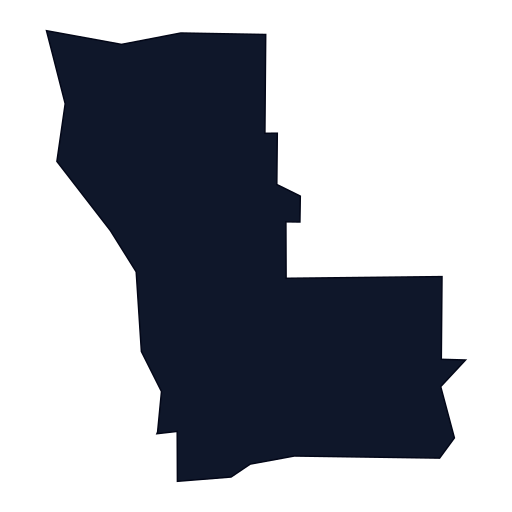 outline of Clay, Georgia, United States of America
{"feature_id": "52423323B17286883599255", "entity_name": "Clay", "entity_type": "district", "adm_level": 2, "iso_a3": "USA", "parent_name": "United States of America", "parent_adm1": "Georgia", "projection": "natural_earth1", "projection_center": [-84.978, 31.633], "detail": "fine", "context": "isolated", "style": "filled", "palette": "ink", "viewbox_px": 512, "rotation_deg": 0, "n_neighbors": 0, "source": "geoboundaries", "source_scale": "gbopen_adm2", "svg_char_len": 506}
<svg xmlns="http://www.w3.org/2000/svg" viewBox="0 0 512 512"><path d="M265.7,34.5L180.8,33.0L121.5,44.4L46.5,30.7L53.0,55.9L65.2,103.7L56.9,161.4L110.4,230.6L136.2,271.8L141.4,351.5L161.5,391.5L157.6,432.0L156.9,433.7L177.2,431.4L177.4,481.3L231.1,477.0L250.2,464.1L294.3,456.0L439.6,458.1L454.4,437.9L440.7,386.6L465.5,360.0L441.3,359.3L442.0,276.6L286.1,278.3L285.9,221.8L299.9,222.0L300.3,196.1L276.8,184.5L277.3,133.2L264.9,133.3L265.7,34.5Z" fill="#0f172a" stroke="#020617" stroke-width="1.5"/></svg>